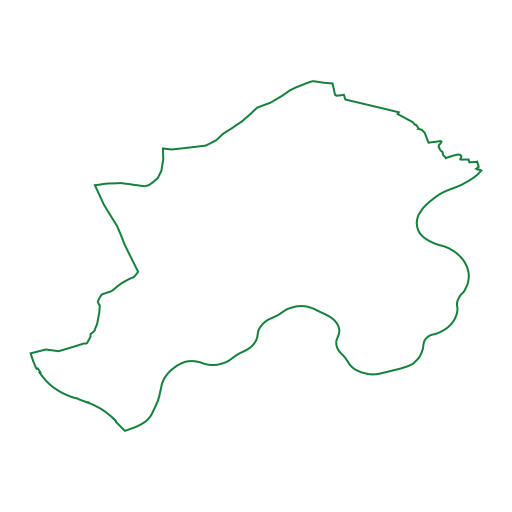 Rheden, Gelderland, Netherlands
{"feature_id": "6326949B90582310648495", "entity_name": "Rheden", "entity_type": "district", "adm_level": 2, "iso_a3": "NLD", "parent_name": "Netherlands", "parent_adm1": "Gelderland", "projection": "robinson", "projection_center": [6.043, 52.031], "detail": "fine", "context": "isolated", "style": "outline", "palette": "green", "viewbox_px": 512, "rotation_deg": 0, "n_neighbors": 0, "source": "geoboundaries", "source_scale": "gbopen_adm2", "svg_char_len": 5937}
<svg xmlns="http://www.w3.org/2000/svg" viewBox="0 0 512 512"><path d="M124.8,430.8L126.9,430.2L134.0,427.6L137.4,426.2L139.8,425.0L142.4,423.6L145.0,421.9L145.8,421.3L147.6,419.7L148.9,418.3L150.1,416.8L151.7,414.2L155.4,406.5L157.5,401.7L158.1,400.1L159.2,396.4L161.5,385.9L161.8,384.5L162.3,382.9L162.8,381.6L163.4,380.3L163.9,379.2L165.0,377.3L166.3,375.4L167.6,373.8L168.8,372.4L170.4,370.8L172.0,369.4L176.5,366.0L177.3,365.5L179.2,364.5L181.8,363.2L183.9,362.3L185.4,361.8L186.8,361.5L188.6,361.2L190.2,361.1L193.3,361.1L195.2,361.3L198.2,361.8L200.4,362.4L203.7,363.6L206.3,364.3L208.1,364.7L210.3,364.9L211.6,365.0L215.6,364.9L216.6,364.9L217.6,364.7L221.9,363.6L224.4,362.8L227.0,361.7L229.6,360.2L234.7,356.4L236.7,355.1L238.2,354.1L241.5,352.4L245.3,350.6L248.5,348.8L250.4,347.5L252.3,345.7L254.0,343.7L256.1,340.5L256.3,339.9L256.7,338.8L257.3,336.8L258.1,331.6L258.8,329.7L259.1,329.0L260.0,327.4L261.7,325.2L263.1,323.6L264.6,322.2L266.0,321.1L268.4,319.6L276.1,316.1L278.5,314.8L280.9,313.2L285.7,310.0L287.4,309.1L290.9,307.8L294.8,306.7L297.9,306.2L301.0,306.1L303.3,306.1L305.0,306.3L307.0,306.6L310.6,307.6L312.4,308.3L313.7,308.7L316.0,309.9L320.2,312.0L324.5,313.9L327.7,315.6L329.6,316.6L331.5,317.9L333.5,319.5L334.6,320.5L335.4,321.5L336.9,323.4L338.1,325.6L338.7,327.1L338.9,328.0L339.2,329.2L339.3,330.3L339.2,332.2L338.9,333.9L338.7,334.5L337.1,338.7L336.4,340.6L336.3,342.2L336.3,343.2L336.4,345.1L337.1,347.5L337.7,348.9L338.1,349.6L339.0,351.0L340.4,352.7L342.6,354.9L344.6,357.0L347.4,360.9L349.2,364.0L350.8,365.8L352.4,367.4L354.2,368.9L355.3,369.6L358.9,371.3L361.3,372.3L365.9,373.5L368.0,374.0L371.3,374.4L373.0,374.4L375.4,374.3L376.8,374.2L379.4,373.7L383.7,372.7L394.8,370.0L398.9,369.0L401.0,368.4L406.8,366.6L408.8,365.8L410.8,364.9L413.5,363.4L415.0,361.8L417.5,359.4L419.2,357.2L420.3,355.3L421.4,353.0L422.8,349.2L423.1,347.4L423.5,344.3L423.8,342.8L424.1,342.0L424.6,340.5L425.3,339.4L426.4,338.2L427.4,337.2L429.1,336.0L430.0,335.5L431.2,335.0L432.4,334.6L434.1,334.3L435.6,333.9L438.8,332.7L441.8,331.3L444.7,329.6L447.3,327.8L449.6,325.7L451.7,323.5L453.5,321.1L454.9,318.6L456.4,315.1L457.0,313.1L457.2,311.8L457.5,309.3L457.4,307.8L457.2,306.8L457.0,305.5L456.9,303.8L457.0,302.9L457.5,300.9L458.0,299.6L458.5,298.6L460.1,295.7L461.2,294.3L462.4,293.1L463.4,292.3L465.0,289.7L467.2,285.0L467.7,283.6L468.0,282.4L468.3,281.1L468.6,279.0L468.7,277.6L468.8,275.7L468.7,273.9L468.3,271.3L468.1,270.7L467.2,267.6L466.4,265.6L465.0,262.8L463.3,260.2L462.1,258.6L460.7,257.1L458.1,254.5L455.8,252.6L454.3,251.5L451.7,249.9L448.5,248.1L445.5,246.9L442.6,245.9L439.0,245.0L435.9,244.0L432.6,242.6L430.2,241.4L427.6,240.0L424.4,237.9L422.8,236.5L421.1,234.8L420.4,234.0L419.4,232.5L418.9,231.7L418.2,230.1L417.6,228.4L417.3,227.3L416.7,223.1L417.0,220.3L417.4,218.4L417.9,216.6L418.6,214.9L419.7,213.0L421.8,209.8L423.4,207.7L426.3,204.8L428.6,202.6L430.4,201.1L434.5,197.8L439.2,194.5L440.3,193.9L443.2,192.3L447.4,190.4L451.3,188.9L455.9,187.2L458.8,186.0L461.8,184.7L464.0,183.5L468.2,181.1L470.2,179.9L472.9,178.1L476.1,175.8L477.4,174.6L479.1,172.9L480.5,171.4L481.3,170.5L479.0,169.5L477.9,169.6L476.2,168.8L478.7,166.8L478.4,165.5L477.1,161.6L476.2,162.0L475.8,162.0L469.3,162.3L469.2,162.0L469.2,161.7L468.6,159.5L461.0,159.6L460.3,159.4L460.2,159.2L460.9,158.1L461.2,157.4L461.3,157.1L461.2,155.8L460.4,155.2L460.2,154.9L458.6,154.6L457.4,154.6L456.8,154.7L455.7,155.1L454.4,155.3L449.1,156.9L449.2,157.0L445.7,158.1L445.4,157.1L444.4,156.5L443.1,154.9L442.9,154.6L442.7,152.3L442.6,152.0L442.3,151.7L441.7,151.5L440.4,150.3L439.8,149.0L439.5,148.4L439.2,148.2L439.2,147.7L438.8,147.1L438.8,146.8L438.7,146.6L438.9,146.0L438.7,145.5L438.8,145.2L439.1,144.8L439.3,144.6L439.5,144.4L440.2,143.9L440.6,143.3L440.8,142.8L441.3,142.0L441.3,141.8L441.4,141.6L440.7,141.3L440.0,141.1L435.7,141.8L432.6,142.1L428.5,142.7L425.0,133.5L424.6,132.7L424.3,132.4L421.6,129.6L418.3,129.0L418.4,128.9L419.1,129.1L416.1,124.9L415.2,124.8L415.1,124.6L414.8,124.6L412.8,122.2L397.6,114.0L398.8,112.3L386.1,109.2L345.3,99.5L343.9,94.8L339.2,95.5L336.4,95.7L335.8,95.4L335.7,95.3L335.5,94.8L335.0,94.7L332.6,83.5L323.5,82.7L314.3,81.3L313.3,81.2L312.0,81.4L308.1,82.6L297.2,86.9L294.9,87.9L290.2,90.2L289.8,90.3L289.7,90.5L282.3,95.7L281.1,96.4L277.2,98.7L272.2,101.7L270.2,102.8L265.0,104.7L257.1,107.7L251.7,112.8L249.1,115.2L241.3,121.9L236.3,125.1L232.1,128.1L223.3,133.6L216.1,140.3L205.8,145.6L186.3,147.9L171.6,149.5L163.0,148.5L163.0,149.5L163.1,153.0L163.1,154.9L163.2,156.1L163.2,157.2L163.3,158.1L163.2,159.5L161.8,168.1L161.5,170.2L161.2,171.2L157.9,177.8L157.4,178.4L155.7,179.8L152.8,182.4L149.0,185.0L148.4,185.3L145.1,186.1L144.4,186.2L143.9,186.2L136.3,185.1L135.2,185.1L129.2,184.1L124.0,183.5L121.7,183.1L119.1,183.1L116.1,183.3L107.8,183.5L102.1,184.2L100.1,184.6L94.9,185.2L103.8,204.5L110.3,215.2L116.9,225.7L120.7,234.5L124.5,244.2L127.3,250.1L130.1,255.7L133.0,261.5L136.0,267.6L138.1,271.7L136.9,273.5L134.0,277.0L129.4,278.9L123.9,281.9L120.7,283.8L119.2,285.0L117.2,286.5L115.1,288.3L113.4,289.7L112.2,290.6L111.5,291.1L109.7,291.8L105.5,293.1L101.9,294.4L100.9,295.7L99.5,297.8L97.8,301.6L99.0,304.5L99.8,305.4L99.4,311.4L99.3,312.5L97.8,320.4L97.0,324.3L94.7,329.8L94.8,330.3L92.8,332.4L90.6,333.9L90.5,336.7L89.4,338.8L88.8,339.8L87.6,342.2L86.9,343.2L86.4,343.5L84.3,343.5L83.5,343.6L73.4,346.8L59.9,350.8L58.7,351.2L45.9,349.5L30.7,353.3L30.9,354.0L31.7,356.9L32.3,358.5L33.3,361.4L35.3,366.1L35.8,367.5L36.6,368.8L37.8,368.4L40.3,372.3L39.6,372.6L41.1,374.7L43.0,377.1L46.6,381.4L50.5,385.1L53.4,387.4L56.5,389.5L58.7,390.9L62.2,392.9L64.9,394.2L68.0,395.5L70.9,396.7L75.2,398.1L77.6,398.5L78.5,399.2L83.4,401.0L86.6,402.1L87.7,402.2L87.7,402.6L88.8,402.6L88.8,403.0L90.7,403.7L93.2,404.8L95.8,406.1L98.5,407.5L101.0,408.9L105.0,411.5L108.3,414.1L111.8,417.0L114.3,419.3L114.0,419.3L115.9,421.2L116.1,422.0L124.8,430.8Z" fill="none" stroke="#15803d" stroke-width="2"/></svg>